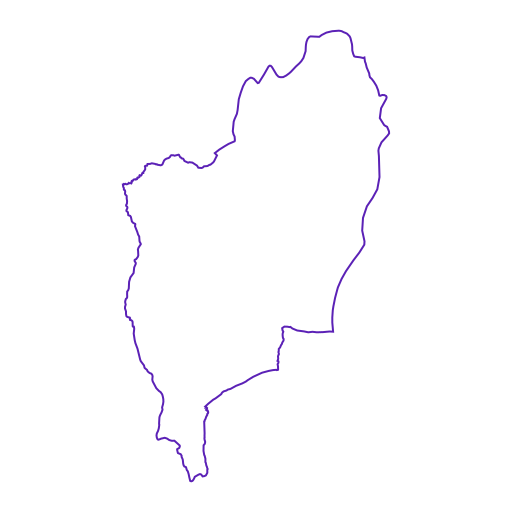 the district of Patate, Tungurahua, Ecuador
{"feature_id": "8360857B3185299233317", "entity_name": "Patate", "entity_type": "district", "adm_level": 2, "iso_a3": "ECU", "parent_name": "Ecuador", "parent_adm1": "Tungurahua", "projection": "equal_earth", "projection_center": [-78.456, -1.283], "detail": "fine", "context": "isolated", "style": "outline", "palette": "violet", "viewbox_px": 512, "rotation_deg": 0, "n_neighbors": 0, "source": "geoboundaries", "source_scale": "gbopen_adm2", "svg_char_len": 6039}
<svg xmlns="http://www.w3.org/2000/svg" viewBox="0 0 512 512"><path d="M364.4,57.5L363.2,58.0L360.1,57.3L355.2,56.7L354.2,56.3L353.2,53.9L352.3,50.5L352.2,46.6L352.0,44.3L350.5,38.2L349.7,36.4L347.2,33.8L345.7,33.0L343.4,32.1L342.2,31.4L341.0,31.0L338.9,30.7L332.2,31.2L326.4,32.6L321.7,35.0L319.3,36.8L310.5,36.4L309.2,37.0L307.6,39.0L306.5,41.8L306.0,44.4L305.8,46.6L305.6,51.2L303.4,58.0L301.3,61.2L299.3,63.4L295.9,66.5L290.9,71.8L289.1,73.4L286.1,75.6L283.2,77.1L280.9,77.2L279.3,77.0L278.3,76.5L276.5,74.6L272.0,67.1L271.3,66.3L270.7,65.8L269.6,65.7L268.5,66.6L264.0,74.5L258.8,82.8L257.7,83.1L253.9,78.8L251.8,77.8L250.4,77.7L249.7,78.1L248.3,79.0L245.8,81.1L243.0,86.3L240.8,92.5L238.8,99.2L237.6,110.1L236.9,113.8L234.5,119.3L233.7,121.7L232.8,131.2L233.5,134.3L234.6,136.6L234.9,140.2L234.6,141.3L228.6,143.9L224.7,146.2L219.3,149.6L214.8,153.1L217.0,155.4L214.0,161.4L213.2,162.4L210.8,164.4L210.1,164.8L209.5,164.8L207.7,165.9L206.9,166.1L204.0,166.3L202.8,167.5L201.9,167.9L201.3,168.0L198.3,167.7L197.0,165.6L192.4,162.6L189.4,162.2L188.1,162.7L184.5,161.0L183.4,159.0L182.9,158.6L181.7,158.4L181.1,157.6L180.4,157.4L179.6,156.2L179.0,154.9L178.6,154.7L174.5,155.7L173.5,155.3L171.4,155.2L170.8,155.5L169.9,157.0L168.7,158.0L166.6,158.6L165.2,159.4L164.1,160.5L162.4,164.4L162.1,164.7L160.8,165.3L157.8,164.8L157.3,164.7L156.8,164.2L156.0,164.4L155.1,163.9L151.8,163.3L150.1,163.9L147.5,164.0L147.1,165.6L145.6,165.8L145.1,166.0L144.9,166.3L145.2,167.1L145.2,169.3L144.6,170.4L143.4,171.9L143.3,173.0L142.4,173.0L141.4,175.2L140.9,175.7L140.6,175.7L140.0,175.3L139.6,175.2L139.4,175.5L139.4,177.0L138.3,177.7L137.5,177.5L137.3,177.7L137.2,178.6L137.0,179.1L136.5,179.4L135.6,179.2L135.3,179.5L135.0,179.3L133.6,179.6L132.5,181.1L132.0,180.8L131.8,180.9L131.5,181.4L131.6,182.8L131.5,183.1L131.3,183.4L130.8,183.1L129.4,183.3L128.8,182.9L127.8,184.0L127.2,184.2L126.5,184.3L125.3,183.8L124.6,184.3L123.8,183.9L123.4,184.2L123.2,184.6L122.9,184.6L123.2,186.8L123.9,188.1L123.8,189.2L124.0,189.7L124.3,190.1L124.9,190.3L125.2,191.5L125.0,193.7L125.3,194.5L126.6,195.8L126.7,196.6L126.7,198.5L127.1,201.2L126.9,203.7L126.3,204.6L126.1,205.4L126.2,205.9L127.2,206.8L127.4,207.4L127.3,208.3L126.4,210.2L126.5,211.1L127.9,212.2L128.3,215.2L130.2,215.9L130.9,217.0L131.9,221.5L133.2,222.9L135.2,223.9L135.3,224.4L135.0,226.2L137.3,232.0L138.1,234.6L139.2,236.5L139.5,240.9L139.7,241.8L140.7,243.6L140.8,244.2L138.5,247.7L137.9,249.5L138.1,251.2L138.3,255.4L137.8,256.9L136.2,259.1L135.1,259.6L134.6,260.1L134.6,261.0L135.8,263.0L135.7,264.0L134.2,267.4L133.6,273.0L130.4,277.4L129.1,281.8L128.8,288.4L128.2,290.2L127.2,291.5L127.1,294.1L127.2,296.3L127.1,297.5L126.6,298.4L126.1,298.7L125.8,299.1L125.2,301.3L125.2,302.5L125.7,304.6L125.0,306.9L125.0,308.5L126.0,311.4L126.0,314.0L126.4,316.1L126.8,316.6L127.5,317.0L129.8,317.6L130.1,318.2L129.8,318.8L130.1,320.0L131.3,320.2L132.3,321.1L132.6,322.0L132.7,326.2L133.1,326.7L133.8,326.6L134.0,327.0L134.2,328.9L133.7,333.6L134.7,340.1L135.4,343.1L137.5,348.7L140.2,359.7L140.8,361.2L144.0,365.4L144.4,367.2L144.7,368.0L147.0,369.9L147.5,371.1L148.1,371.8L149.6,373.0L151.4,373.7L152.3,375.0L152.6,376.3L152.3,379.7L152.7,381.4L156.3,388.2L158.9,390.9L160.7,392.2L162.2,394.4L162.8,396.5L163.3,399.1L163.4,401.7L163.0,404.3L162.1,407.4L162.5,409.7L161.5,412.5L160.3,414.8L159.6,416.6L159.4,417.7L159.1,423.1L159.1,424.3L159.3,424.7L158.8,428.3L158.1,430.8L156.8,433.5L156.5,435.5L156.8,437.5L157.4,439.0L158.0,439.6L158.5,439.7L160.6,438.9L161.3,438.5L161.8,438.5L164.7,437.8L166.0,438.2L167.3,438.7L169.0,439.9L170.4,440.4L171.9,440.8L174.4,440.7L179.7,445.5L179.8,446.5L179.3,447.8L178.6,448.4L177.3,449.0L177.1,449.7L177.7,452.3L178.0,453.1L180.7,454.2L181.6,455.7L181.6,456.9L182.5,458.9L182.8,459.9L183.2,463.7L183.7,465.5L184.4,466.5L185.9,467.1L186.2,467.8L186.6,469.4L186.9,470.2L187.8,471.3L188.7,474.3L189.3,477.3L190.2,480.9L191.2,481.3L192.4,480.9L193.0,480.3L194.0,478.7L194.8,476.8L198.4,474.7L199.9,474.1L200.8,474.3L201.5,474.9L202.6,476.4L204.4,476.1L205.9,475.4L207.3,472.8L207.3,469.6L207.6,469.3L207.6,468.8L207.2,468.0L206.8,466.4L206.4,465.8L205.8,462.8L205.4,462.1L205.4,458.7L204.7,455.9L204.2,454.9L203.5,450.9L203.6,445.3L204.8,443.8L205.1,442.5L205.1,441.4L204.6,439.9L204.4,438.0L204.6,437.4L204.5,436.0L204.6,433.3L204.2,421.6L204.5,421.4L204.6,420.4L205.3,419.3L205.9,417.7L206.1,416.9L206.5,416.4L206.7,415.7L207.2,415.1L207.2,414.1L207.9,413.4L208.2,412.6L208.0,412.2L208.1,411.5L207.6,410.5L206.9,410.6L206.1,409.9L207.0,408.7L207.1,408.0L206.7,407.7L205.7,407.7L206.0,407.2L206.1,406.8L205.9,406.6L205.4,406.4L208.3,403.7L213.2,399.7L215.5,398.4L220.9,394.4L221.4,393.9L221.5,393.5L222.2,392.5L223.6,391.4L226.5,390.5L227.8,389.6L230.5,388.9L236.1,385.8L242.3,383.4L245.8,381.6L247.8,380.1L253.2,376.8L262.1,372.7L268.8,370.9L273.0,370.1L276.3,369.8L276.7,370.1L277.9,369.9L278.1,369.4L278.0,366.3L277.6,364.2L278.4,362.8L278.5,361.8L278.4,361.3L277.5,360.9L278.2,358.9L278.0,356.2L278.5,355.0L278.5,354.8L278.8,354.4L278.9,353.8L278.4,352.0L278.7,351.4L278.8,348.9L280.1,347.4L281.0,345.2L281.9,343.9L282.3,342.5L283.4,340.8L283.6,340.0L283.6,338.9L283.0,338.0L282.8,337.0L282.6,334.8L282.7,333.4L283.3,331.7L282.9,330.9L282.6,330.6L282.2,328.6L282.2,328.1L284.4,326.6L287.3,326.7L289.7,327.1L290.4,326.9L292.4,328.5L297.2,330.5L304.0,331.4L308.3,332.3L312.5,331.8L316.9,332.3L323.1,332.1L329.6,331.5L333.1,331.7L332.3,322.5L332.3,317.4L332.8,310.1L333.4,306.3L335.1,297.8L337.2,289.9L337.9,287.4L341.6,278.9L346.0,271.1L353.5,260.2L359.3,252.6L364.3,244.7L364.5,241.3L362.2,230.6L363.0,217.9L366.9,206.3L372.6,197.9L377.3,189.3L379.5,177.1L378.9,156.0L378.4,150.7L378.8,148.3L381.5,142.3L387.7,135.4L389.1,133.4L389.0,131.4L387.1,126.8L385.2,125.8L384.1,125.0L379.8,118.1L381.1,108.2L386.2,98.9L386.6,97.5L386.5,96.8L386.1,96.0L384.4,95.1L382.3,95.0L380.1,95.8L379.3,95.5L378.1,90.2L376.3,85.7L373.9,81.8L371.8,79.0L370.0,77.3L369.4,75.2L369.2,73.4L366.7,67.5L365.7,63.4L365.0,61.7L364.4,57.5Z" fill="none" stroke="#5b21b6" stroke-width="2"/></svg>